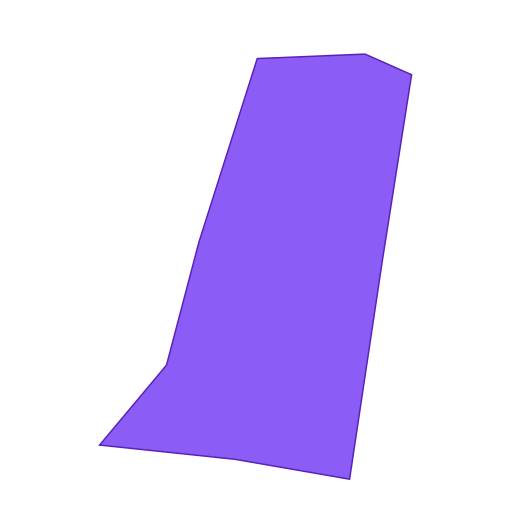 outline of Santa Luċija, rotated 276°
{"feature_id": "MLT-5965", "entity_name": "Santa Luċija", "entity_type": "state/province", "adm_level": 1, "iso_a3": "MLT", "parent_name": "Malta", "parent_adm1": "", "projection": "mercator", "projection_center": [14.503, 35.854], "detail": "fine", "context": "isolated", "style": "filled", "palette": "violet", "viewbox_px": 512, "rotation_deg": 276, "n_neighbors": 0, "source": "natural_earth", "source_scale": "10m", "svg_char_len": 288}
<svg xmlns="http://www.w3.org/2000/svg" viewBox="0 0 512 512"><g transform="rotate(276 256 256)"><path d="M452.5,236.6L468.2,343.3L452.5,391.8L263.9,382.1L43.8,372.4L51.6,256.0L51.6,120.2L138.1,178.4L263.9,197.8L452.5,236.6Z" fill="#8b5cf6" stroke="#5b21b6" stroke-width="1.5"/></g></svg>